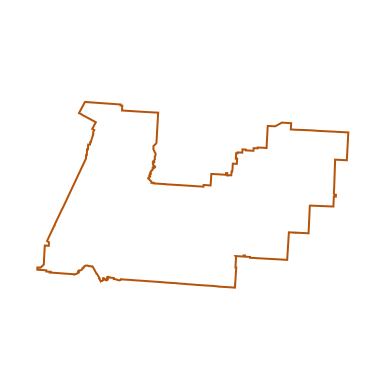 Narrandera, New South Wales, Australia, rotated 85°
{"feature_id": "25037944B16840847352668", "entity_name": "Narrandera", "entity_type": "district", "adm_level": 2, "iso_a3": "AUS", "parent_name": "Australia", "parent_adm1": "New South Wales", "projection": "orthographic", "projection_center": [146.605, -34.591], "detail": "fine", "context": "isolated", "style": "outline", "palette": "amber", "viewbox_px": 384, "rotation_deg": 85, "n_neighbors": 0, "source": "geoboundaries", "source_scale": "gbopen_adm2", "svg_char_len": 5360}
<svg xmlns="http://www.w3.org/2000/svg" viewBox="0 0 384 384"><g transform="rotate(85 192 192)"><path d="M173.9,35.0L150.7,31.7L148.9,31.5L148.8,31.4L146.3,31.1L144.0,47.0L143.5,50.9L141.9,62.4L141.7,63.1L140.4,72.1L139.8,77.0L139.0,83.3L138.3,88.1L132.1,87.2L130.7,96.4L133.8,103.4L132.8,110.8L154.7,113.9L154.3,116.0L153.4,122.7L154.2,122.8L153.7,126.8L156.3,127.2L155.2,134.8L154.4,134.7L153.9,138.0L157.2,138.5L156.5,143.1L157.4,143.3L157.2,144.6L162.6,145.4L162.7,144.1L167.9,144.9L167.3,148.9L171.9,149.5L175.1,150.2L175.0,150.8L178.8,151.4L178.4,154.6L178.7,154.7L178.6,155.5L176.3,155.2L176.1,156.4L177.7,156.7L177.7,156.8L177.8,156.8L176.9,162.6L175.7,171.2L180.0,171.8L187.1,172.9L186.0,179.8L187.7,180.1L184.1,203.5L182.1,217.1L182.0,217.6L181.9,217.6L181.4,220.8L180.1,229.4L179.6,229.3L179.3,231.4L179.0,231.2L178.8,231.2L178.7,231.2L178.2,231.7L177.6,231.9L177.5,232.0L177.2,232.4L177.1,232.5L176.5,232.9L176.0,233.3L175.3,233.7L175.0,234.3L174.8,234.4L174.5,234.5L174.1,234.1L173.7,234.0L173.6,233.8L173.5,233.6L173.5,232.9L173.1,232.5L172.8,232.3L172.6,232.2L172.4,232.3L172.3,232.5L172.0,233.0L171.8,233.1L171.7,233.1L171.4,233.0L171.0,232.4L170.7,231.7L170.4,231.4L170.2,231.4L169.9,231.6L169.6,232.1L169.4,232.2L169.2,232.0L169.1,231.8L169.1,231.5L169.0,231.4L168.8,231.3L168.2,231.3L168.0,231.2L167.5,230.9L167.2,230.3L167.0,229.9L166.9,229.7L166.7,229.6L166.2,229.6L165.7,228.9L165.2,228.8L164.7,229.1L164.4,229.1L164.3,228.9L164.5,228.5L164.5,228.4L164.7,227.9L164.7,227.5L164.1,226.7L163.9,226.5L163.7,226.5L162.9,227.0L162.7,227.2L162.7,227.3L163.0,227.7L162.9,228.0L162.6,228.2L162.5,228.3L161.5,228.3L161.1,228.3L160.2,228.4L160.0,228.5L159.8,228.3L159.6,228.3L159.5,228.2L159.6,227.9L159.6,227.7L159.5,227.4L159.4,227.3L159.2,227.5L158.8,227.4L158.6,227.0L158.1,226.9L158.0,227.0L158.1,227.3L158.2,227.8L158.1,228.0L156.5,226.4L155.8,226.0L154.0,226.2L152.8,225.3L152.3,225.4L151.6,225.2L151.1,224.9L150.4,225.0L149.9,225.1L149.3,225.5L146.2,226.7L142.9,226.4L140.6,223.5L139.7,223.1L133.5,222.2L110.0,218.8L109.2,224.6L107.2,238.3L104.7,254.6L99.9,253.9L99.6,255.6L98.6,255.5L93.0,290.8L103.5,297.7L105.7,294.3L106.1,293.9L114.1,281.7L120.5,285.9L121.2,284.9L121.8,284.0L123.6,285.2L125.3,285.3L125.6,285.5L125.7,285.4L126.1,285.4L126.1,285.5L133.8,288.6L133.7,289.2L135.9,289.5L135.7,291.3L140.4,291.9L140.3,292.8L146.0,293.6L145.9,294.2L149.4,294.7L180.9,313.0L196.9,322.3L197.0,322.5L212.8,331.8L213.1,331.9L213.4,331.8L213.5,332.1L228.2,340.7L229.6,338.9L232.2,339.2L232.3,339.3L232.5,339.4L233.1,339.4L232.5,343.3L246.4,345.3L248.3,345.5L251.4,346.0L254.1,349.5L253.8,352.0L253.7,352.6L255.9,352.9L257.3,344.0L258.5,344.1L259.2,339.6L259.3,339.6L259.5,339.8L259.9,340.2L263.5,317.6L263.8,317.0L263.7,317.0L263.6,316.8L263.6,316.6L263.6,316.2L263.7,315.6L263.7,315.4L263.6,315.0L263.6,314.3L263.5,314.0L262.8,313.3L262.7,313.1L262.5,312.9L262.5,312.7L262.6,312.0L262.5,311.8L262.2,311.7L261.7,311.6L261.4,311.8L261.4,312.2L261.2,312.4L260.6,312.1L260.4,311.6L260.3,311.4L260.3,311.2L260.3,310.8L260.4,310.3L260.4,310.0L260.2,309.5L259.9,308.9L259.8,308.5L259.5,308.2L259.0,307.9L258.8,307.8L258.5,307.8L258.4,307.8L258.3,307.5L258.4,307.2L258.1,306.8L257.8,306.8L257.6,306.7L257.7,306.4L257.3,306.3L257.0,306.1L257.0,305.9L256.6,305.5L256.2,304.9L256.2,304.6L256.0,304.3L256.0,304.2L256.2,303.9L256.2,303.5L256.2,303.3L256.2,303.2L256.1,302.8L256.1,302.7L256.2,302.3L256.3,302.2L256.5,302.0L256.7,301.7L257.0,301.0L257.0,300.6L256.9,300.2L256.9,299.9L257.3,299.0L257.5,298.5L257.6,298.2L257.6,297.9L257.5,297.6L260.2,296.3L265.1,294.2L265.1,293.9L269.8,291.6L270.1,292.1L272.6,290.9L272.4,290.8L272.4,290.6L272.5,290.3L272.8,289.9L272.9,289.7L272.9,289.4L272.4,288.8L272.1,288.3L271.9,287.8L271.7,287.6L271.4,287.5L271.2,287.5L270.7,288.0L270.3,288.2L270.1,288.1L270.1,287.9L270.1,287.7L270.2,287.4L270.9,286.4L271.1,286.2L271.9,286.0L272.2,285.8L272.4,285.6L272.5,285.3L272.4,285.2L272.3,284.7L272.3,284.4L272.4,284.1L272.2,283.8L271.7,283.5L271.5,283.4L271.4,283.4L271.3,283.5L271.2,283.5L271.1,283.9L270.9,284.0L270.6,284.1L270.2,284.1L269.6,284.0L269.4,283.9L269.3,283.7L269.2,283.6L269.2,283.4L269.1,283.1L269.2,282.9L269.2,282.7L269.5,282.4L269.8,281.8L269.9,281.6L269.9,281.4L270.1,281.4L270.8,277.4L271.9,277.5L271.9,277.4L271.9,276.9L272.0,276.5L272.2,275.9L272.7,274.9L272.9,274.2L273.4,273.1L273.6,272.4L273.7,271.9L273.6,271.5L273.0,270.8L272.9,270.6L273.0,270.5L272.7,270.3L272.8,270.2L273.6,265.3L273.9,263.1L274.2,260.9L274.4,260.1L275.6,252.6L276.0,249.9L276.9,244.2L277.0,244.0L277.2,242.4L279.6,227.3L279.8,226.8L281.6,214.7L281.9,214.0L281.9,213.6L283.2,205.6L283.4,205.0L283.5,204.4L283.5,204.2L284.7,196.6L284.8,196.5L287.5,178.7L288.4,174.1L288.5,174.1L290.2,162.7L291.0,157.6L288.8,157.3L288.9,157.2L284.8,156.6L271.0,154.5L270.9,155.3L260.7,153.8L259.6,154.3L260.8,146.4L259.7,146.2L259.9,144.8L261.0,144.9L261.8,139.8L262.6,139.9L263.5,133.4L263.6,132.9L264.4,127.4L264.7,125.4L266.4,113.3L267.9,103.1L248.0,100.1L240.6,99.0L240.7,98.3L240.8,97.7L241.3,94.4L241.4,94.2L241.6,92.9L241.4,93.0L243.3,79.5L226.3,77.2L216.4,75.9L216.1,75.9L215.8,75.7L218.8,52.4L208.8,51.1L209.1,49.1L207.3,48.9L207.2,49.7L207.0,50.2L206.9,50.3L206.7,50.5L206.4,50.7L205.9,50.8L205.7,50.8L202.1,50.4L201.9,50.3L201.8,50.2L201.7,50.2L172.2,46.6L172.5,44.7L173.9,35.0Z" fill="none" stroke="#b45309" stroke-width="2"/></g></svg>